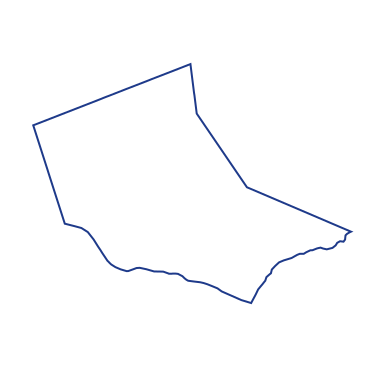 Arvaixeer, Övörhangay, Mongolia (Robinson projection), rotated 336°
{"feature_id": "93677404B27145008288474", "entity_name": "Arvaixeer", "entity_type": "district", "adm_level": 2, "iso_a3": "MNG", "parent_name": "Mongolia", "parent_adm1": "Övörhangay", "projection": "robinson", "projection_center": [102.807, 46.251], "detail": "fine", "context": "isolated", "style": "outline", "palette": "blue", "viewbox_px": 384, "rotation_deg": 336, "n_neighbors": 0, "source": "geoboundaries", "source_scale": "gbopen_adm2", "svg_char_len": 1458}
<svg xmlns="http://www.w3.org/2000/svg" viewBox="0 0 384 384"><g transform="rotate(336 192 192)"><path d="M244.1,210.0L228.2,122.3L233.6,104.5L234.2,102.2L242.6,74.5L229.4,73.9L201.3,72.5L198.1,72.4L174.1,71.2L154.4,70.3L153.1,70.2L148.6,70.0L147.6,70.0L74.1,66.5L68.9,114.3L68.7,115.9L62.9,169.2L70.9,175.5L76.3,179.9L80.5,186.2L82.8,195.3L84.0,203.7L84.8,208.2L84.9,209.1L85.2,211.2L86.8,220.5L87.3,221.6L87.8,223.1L88.7,225.3L91.5,229.5L95.3,233.6L100.1,237.7L101.6,238.3L107.1,238.7L110.4,238.9L113.4,240.0L118.9,244.0L125.1,249.2L129.0,251.0L130.5,251.7L133.4,253.1L137.6,257.1L137.7,257.3L140.2,258.4L141.2,258.7L143.7,259.8L145.9,261.1L147.4,263.0L149.0,265.0L150.1,267.8L151.2,269.9L152.4,271.5L154.0,272.5L157.6,274.7L162.8,277.8L165.6,279.9L168.5,282.5L172.2,286.3L176.1,290.4L178.7,294.9L193.0,310.7L200.4,317.1L200.8,317.4L200.9,317.5L202.0,316.6L208.7,311.4L212.8,307.9L216.8,305.9L219.1,304.8L219.8,304.4L222.1,303.2L222.8,302.9L225.3,300.1L225.8,299.9L228.0,299.2L230.0,298.6L231.0,298.4L233.4,295.3L235.3,294.5L237.9,293.4L242.9,291.7L248.0,291.8L256.1,292.8L262.5,292.2L265.3,292.3L269.0,293.9L271.9,293.5L276.4,293.4L278.4,294.2L283.2,294.4L284.4,294.6L284.9,294.7L286.8,295.1L288.8,297.0L291.8,299.2L297.6,300.2L301.5,299.2L304.0,297.5L307.2,297.2L310.2,299.0L312.5,297.7L313.3,296.3L313.7,295.6L314.6,294.1L315.0,293.9L316.6,293.3L319.1,293.0L320.4,292.9L321.1,292.9L244.1,210.0Z" fill="none" stroke="#1e3a8a" stroke-width="2"/></g></svg>